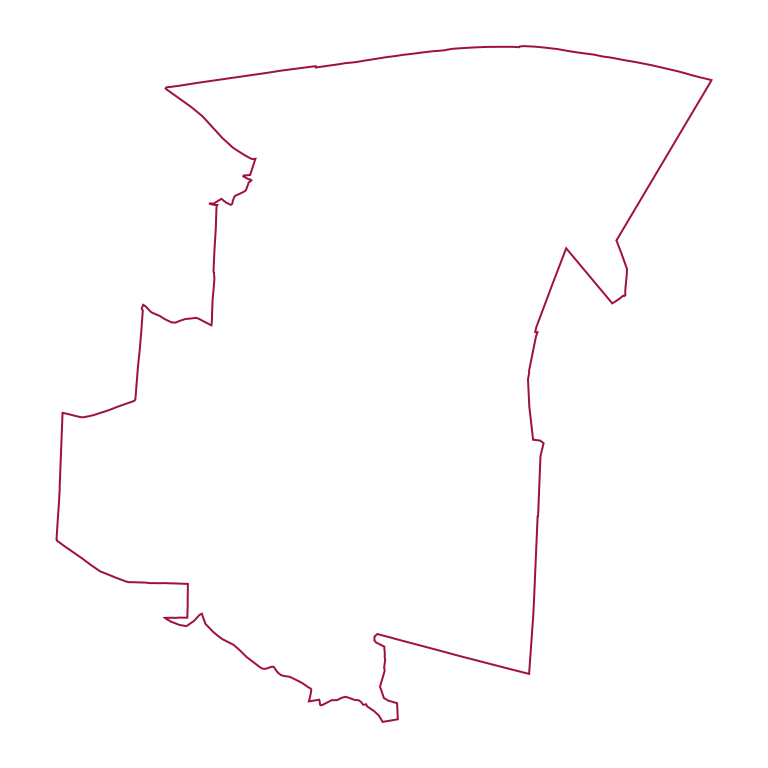 Bestepe, Tulcea, Romania (orthographic projection)
{"feature_id": "2599482B43256284009930", "entity_name": "Bestepe", "entity_type": "district", "adm_level": 2, "iso_a3": "ROU", "parent_name": "Romania", "parent_adm1": "Tulcea", "projection": "orthographic", "projection_center": [29.01, 45.096], "detail": "fine", "context": "isolated", "style": "outline", "palette": "rose", "viewbox_px": 768, "rotation_deg": 0, "n_neighbors": 0, "source": "geoboundaries", "source_scale": "gbopen_adm2", "svg_char_len": 4364}
<svg xmlns="http://www.w3.org/2000/svg" viewBox="0 0 768 768"><path d="M315.8,66.2L312.0,66.6L280.5,70.7L268.1,72.7L198.6,82.7L178.9,85.8L170.3,86.9L166.5,87.3L165.6,88.4L166.8,89.6L190.8,106.7L202.5,116.3L212.1,126.8L222.6,138.3L233.1,147.8L238.5,151.3L244.7,155.2L250.0,158.1L251.6,158.9L253.4,159.1L255.4,158.8L250.1,175.0L243.7,175.5L243.3,176.4L248.1,179.0L250.9,179.8L251.4,180.3L250.8,180.9L248.8,182.4L247.4,186.1L246.7,188.2L246.1,189.8L245.6,190.5L244.8,191.2L243.5,191.9L241.9,192.7L240.3,193.5L235.6,195.6L235.2,195.8L234.3,196.8L232.8,200.9L232.3,203.6L231.5,204.5L230.6,204.8L225.7,202.3L221.4,198.8L213.7,203.6L209.9,203.4L209.8,203.8L213.2,204.7L217.3,205.1L216.9,205.7L216.5,207.1L215.8,228.3L214.4,251.1L213.7,266.6L213.5,271.9L213.5,272.0L214.1,272.5L214.0,273.2L214.0,273.9L214.3,277.0L214.4,278.8L213.8,286.8L212.6,299.9L212.0,315.2L212.0,319.4L211.4,325.3L210.1,324.7L204.7,321.9L197.8,318.3L195.6,317.9L190.1,318.6L185.3,319.0L179.7,320.9L175.5,322.6L173.5,322.5L171.6,322.4L164.1,318.8L160.1,316.1L152.1,312.7L150.3,311.3L145.3,306.1L143.1,304.8L141.7,308.9L142.8,310.4L141.3,331.1L139.6,351.4L138.0,366.2L135.4,399.1L135.2,399.8L134.5,400.6L132.2,401.7L130.5,402.2L125.6,403.9L122.8,404.9L116.6,407.1L113.2,408.5L109.5,409.9L104.2,411.7L98.8,413.4L94.3,414.9L90.0,416.0L83.6,417.2L82.0,417.3L80.9,417.2L76.9,416.3L69.8,414.5L62.7,412.8L62.3,413.2L62.5,414.1L60.3,471.0L59.7,486.2L59.7,489.1L59.0,502.5L58.1,514.7L56.6,538.0L56.8,539.3L56.5,539.4L57.0,540.7L60.7,543.4L65.2,546.7L70.7,550.5L76.5,554.5L83.5,559.4L86.4,561.7L88.2,562.9L90.4,564.6L96.4,568.8L99.8,571.1L101.0,571.7L105.3,573.4L114.6,577.2L121.8,579.9L126.4,581.6L128.7,582.2L132.4,582.2L138.9,582.4L145.8,582.6L149.7,583.1L159.8,583.2L160.8,583.2L165.7,583.1L168.8,583.3L173.1,583.4L187.9,583.9L187.7,600.6L187.7,606.0L187.6,608.3L187.3,617.7L179.8,617.6L174.7,617.9L171.6,617.7L165.0,617.9L166.5,619.1L169.6,620.7L170.3,621.4L173.7,622.7L179.4,624.9L185.8,626.1L187.1,625.7L193.9,621.0L199.6,614.8L201.8,613.7L202.3,615.2L205.4,623.8L212.9,631.6L217.3,635.4L222.3,639.1L233.0,644.5L235.8,646.7L239.6,650.1L246.7,657.1L258.0,665.7L261.0,667.9L262.8,668.7L264.6,668.9L267.1,668.4L271.6,666.7L273.6,666.8L275.2,669.0L277.9,672.7L280.9,675.0L283.2,675.8L285.4,676.2L289.2,676.7L290.8,677.3L297.2,680.5L302.2,683.0L306.0,685.7L309.0,687.7L310.5,688.4L311.1,689.1L311.3,690.5L309.9,697.6L308.9,701.4L319.2,699.7L319.6,701.1L320.0,704.0L320.2,704.9L320.6,705.2L322.1,705.1L331.9,700.1L334.2,700.2L337.2,700.1L340.2,698.5L343.0,697.4L345.8,696.8L349.9,698.2L353.1,699.3L354.9,700.0L357.1,700.1L358.6,700.3L359.6,700.9L361.1,702.0L362.9,704.5L364.1,704.8L366.0,704.2L366.3,704.4L367.0,706.3L374.1,711.1L378.8,715.5L382.7,721.9L397.8,719.3L397.1,703.2L388.2,700.6L383.9,698.0L380.0,686.6L384.6,671.1L384.6,669.4L384.1,667.8L384.8,662.5L385.1,661.1L385.0,658.9L384.7,656.3L384.8,652.6L384.4,649.2L384.3,646.6L376.0,642.4L374.4,640.5L374.5,636.6L377.3,634.0L383.2,635.6L389.4,637.2L395.8,639.0L405.6,641.6L444.9,652.0L446.6,652.5L455.0,654.8L460.3,656.2L484.7,662.5L485.0,662.6L486.3,662.9L489.3,663.7L507.1,668.3L511.7,669.5L529.1,673.9L533.3,614.7L534.1,598.2L537.6,516.5L538.0,516.4L538.0,515.8L538.1,515.4L540.5,455.8L540.6,455.5L543.6,443.2L541.2,441.3L540.3,440.6L533.1,439.7L532.7,436.3L529.3,406.6L528.0,379.3L528.9,374.4L529.1,373.4L529.1,370.5L536.0,336.4L536.5,334.9L537.5,332.2L537.1,332.2L535.2,332.1L536.2,327.5L538.0,322.7L549.9,291.0L550.7,288.8L553.4,281.6L566.2,248.3L612.3,303.4L618.6,299.4L622.9,295.9L623.4,295.7L624.0,296.1L624.8,295.7L625.4,295.0L625.3,294.0L625.2,292.0L625.5,287.7L626.8,274.2L627.0,269.6L626.8,268.3L625.0,263.4L621.3,253.0L617.4,243.0L616.6,240.8L616.4,240.5L668.2,153.3L684.6,125.6L709.7,83.4L711.0,81.1L711.5,80.1L706.3,78.8L701.1,77.6L692.5,75.4L684.6,73.1L677.5,71.2L672.7,70.1L661.5,67.5L654.6,65.9L653.0,65.5L642.5,63.4L634.7,61.9L629.3,61.0L624.0,60.1L616.9,58.7L609.7,57.4L602.7,56.5L594.4,54.7L586.1,53.6L577.1,52.4L568.1,51.0L557.7,49.1L546.4,47.8L539.8,47.1L535.3,46.7L523.8,46.1L519.7,46.5L519.2,47.2L512.1,46.8L500.6,46.8L488.5,46.9L484.3,47.0L475.2,47.4L464.2,48.0L452.5,48.8L446.6,49.8L444.4,50.3L438.9,50.8L433.2,51.2L422.9,52.4L414.0,53.6L406.1,54.5L404.0,54.7L394.9,56.1L385.3,57.3L373.7,59.2L365.9,60.4L357.2,61.9L351.5,62.6L345.5,63.1L339.8,64.1L315.8,67.5L315.8,66.2Z" fill="none" stroke="#9f1239" stroke-width="2"/></svg>